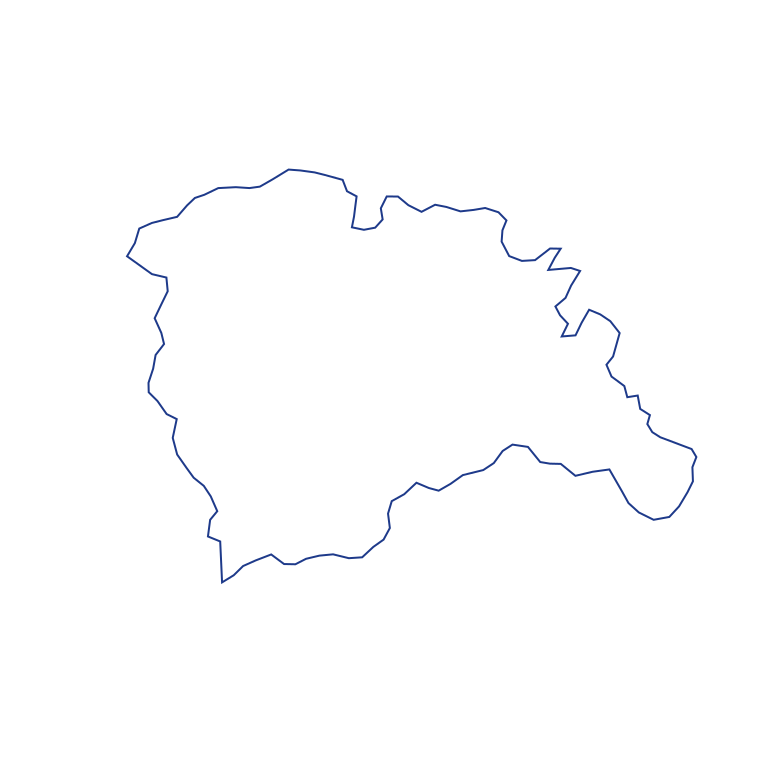 Paulínia, São Paulo, Brazil, rotated 61°
{"feature_id": "56859067B57069551126176", "entity_name": "Paulínia", "entity_type": "district", "adm_level": 2, "iso_a3": "BRA", "parent_name": "Brazil", "parent_adm1": "São Paulo", "projection": "albers", "projection_center": [-47.141, -22.748], "detail": "fine", "context": "isolated", "style": "outline", "palette": "blue", "viewbox_px": 768, "rotation_deg": 61, "n_neighbors": 0, "source": "geoboundaries", "source_scale": "gbopen_adm2", "svg_char_len": 1881}
<svg xmlns="http://www.w3.org/2000/svg" viewBox="0 0 768 768"><g transform="rotate(61 384 384)"><path d="M150.2,363.5L151.0,382.2L151.2,396.9L147.4,406.7L140.0,418.2L132.3,434.0L131.4,449.4L129.6,459.2L132.3,469.6L137.5,483.9L133.5,498.0L130.6,509.0L129.4,522.7L140.0,533.6L147.7,546.8L175.4,533.7L185.4,522.7L198.0,528.2L206.7,540.6L215.3,552.7L231.4,554.0L242.4,557.0L247.9,569.7L258.7,578.5L268.8,589.4L277.2,593.8L289.0,590.4L304.9,588.7L314.2,582.3L328.7,594.9L345.4,599.1L361.5,597.4L373.7,595.9L385.7,591.0L398.3,590.0L414.4,591.5L418.5,601.9L432.0,611.9L442.3,603.6L479.0,621.8L478.4,608.1L474.9,595.5L476.1,581.7L478.4,565.3L493.0,558.7L498.7,548.9L499.1,536.9L502.8,523.7L508.3,511.1L519.3,499.2L525.0,487.1L521.3,472.3L519.9,459.8L512.8,448.7L499.3,443.3L490.2,434.0L490.2,419.7L486.1,403.5L496.7,395.2L503.8,387.9L503.6,374.3L501.9,359.2L507.4,338.9L506.4,326.3L500.1,312.7L499.3,301.0L508.8,288.6L528.0,285.2L534.1,277.5L539.6,268.1L557.1,261.1L561.9,244.1L568.0,228.3L593.1,227.9L606.7,227.9L619.9,223.4L633.5,214.0L638.6,198.9L634.1,185.3L625.8,171.0L618.9,161.0L606.3,154.6L599.3,146.2L590.0,146.5L564.5,168.2L556.2,172.7L546.7,173.1L540.1,166.5L530.0,172.0L517.1,167.7L513.5,177.6L502.3,174.8L487.8,181.4L475.0,180.1L471.0,170.3L453.7,153.2L438.8,155.6L428.0,161.1L418.5,168.6L426.2,181.4L434.3,192.9L428.6,205.5L420.5,193.9L409.3,196.7L399.3,196.5L396.7,183.5L388.6,172.6L380.2,157.7L373.1,164.3L363.9,185.0L356.4,173.5L351.3,163.9L346.0,173.1L348.9,191.8L343.2,203.7L332.8,212.5L316.5,212.1L307.0,205.9L300.3,197.6L289.3,200.6L279.1,210.2L275.2,221.2L270.1,233.4L259.4,243.6L252.0,252.4L251.6,267.7L239.4,276.0L226.8,280.9L221.3,290.7L228.8,301.6L239.4,305.4L243.0,315.9L239.4,326.8L231.4,336.1L223.1,329.1L214.6,322.9L206.6,317.0L197.5,322.9L185.4,321.2L172.4,334.5L165.3,342.1L156.7,353.6L150.2,363.5Z" fill="none" stroke="#1e3a8a" stroke-width="2"/></g></svg>